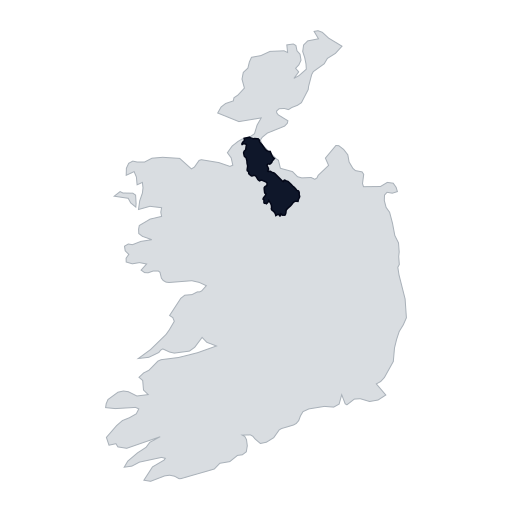 location of Leitrim within Ireland
{"feature_id": "IRL-730", "entity_name": "Leitrim", "entity_type": "County", "adm_level": 1, "iso_a3": "IRL", "parent_name": "Ireland", "parent_adm1": "", "projection": "mercator", "projection_center": [-8.037, 54.143], "detail": "fine", "context": "in_parent", "style": "filled", "palette": "ink", "viewbox_px": 512, "rotation_deg": 0, "n_neighbors": 0, "source": "natural_earth", "source_scale": "10m", "svg_char_len": 6644}
<svg xmlns="http://www.w3.org/2000/svg" viewBox="0 0 512 512"><path d="M324.2,63.8L313.3,71.6L311.7,74.5L308.6,86.3L308.2,89.6L301.4,102.7L297.5,105.3L291.8,107.5L288.5,109.6L284.4,108.5L279.2,108.7L276.6,111.0L276.7,112.8L278.2,114.8L287.9,120.8L287.3,123.3L284.6,126.1L267.3,133.1L262.2,137.3L260.4,140.1L262.2,144.8L276.0,158.7L278.4,160.2L280.4,168.3L292.5,171.6L297.5,176.7L301.8,177.9L311.1,177.5L314.8,179.3L317.0,177.9L318.2,175.3L328.6,165.4L325.4,158.1L335.9,145.5L338.8,145.7L343.7,149.5L347.8,154.8L349.1,162.0L352.9,168.4L355.4,170.6L362.1,171.9L363.7,174.4L362.5,183.6L363.5,186.7L380.5,186.5L387.3,182.4L393.2,183.2L396.1,187.3L397.4,191.6L392.3,193.2L387.0,192.3L384.5,195.1L384.3,200.5L386.1,207.4L389.6,212.3L392.5,223.3L394.8,235.5L398.5,242.9L399.2,252.0L398.7,256.5L399.3,264.5L397.8,267.3L399.0,274.9L405.1,299.0L406.4,317.8L403.3,324.8L399.2,331.5L396.6,339.4L394.5,347.9L393.3,361.5L384.4,377.5L380.7,381.5L376.3,383.9L385.8,395.0L378.1,400.0L369.6,401.5L360.2,398.7L354.3,399.1L346.9,404.8L345.2,403.8L341.7,394.7L339.1,404.1L333.7,407.1L324.4,406.4L308.9,408.9L303.0,411.6L300.5,415.8L298.7,420.6L296.2,423.5L293.5,425.0L281.6,428.5L279.2,429.9L273.7,437.7L266.4,442.2L260.4,443.5L255.1,439.0L252.9,436.3L250.4,434.9L242.2,435.1L244.8,436.5L246.5,439.7L247.3,445.8L246.3,451.8L242.3,454.8L237.5,455.4L229.8,461.6L219.8,463.3L214.3,469.0L181.0,478.6L179.1,478.7L174.5,476.2L169.6,475.2L164.6,475.9L150.6,481.3L143.9,480.2L152.5,466.9L164.1,460.1L165.3,458.3L161.5,457.4L139.5,462.1L131.9,466.1L124.2,467.2L127.8,461.1L137.6,452.8L146.1,447.3L149.8,442.3L160.2,436.7L126.7,448.3L117.9,446.9L115.9,443.7L109.0,445.2L106.4,437.4L116.6,425.6L122.5,420.5L129.5,417.7L136.3,413.8L138.8,408.9L135.6,407.4L115.3,408.6L105.6,407.6L106.2,403.7L108.0,399.5L118.0,392.2L123.4,391.0L128.3,391.7L136.9,396.0L148.2,394.6L143.5,390.0L142.7,380.5L139.0,377.3L143.7,372.9L149.0,370.2L157.9,361.1L161.1,359.7L178.6,357.5L197.6,352.7L216.4,346.0L206.8,342.3L202.1,337.4L194.7,347.3L189.4,351.1L174.3,353.1L169.5,352.0L162.8,348.9L160.7,350.1L158.8,352.5L148.8,357.3L138.3,358.5L150.5,349.6L166.0,334.5L169.4,329.7L174.3,321.3L172.8,317.6L169.6,315.5L180.8,298.3L184.8,295.2L192.0,294.6L197.3,291.9L199.6,291.9L201.7,290.9L206.3,285.7L199.2,282.4L191.8,280.7L169.0,282.5L166.0,282.1L163.2,280.5L161.4,278.2L160.0,272.3L158.3,271.0L153.2,271.0L148.1,272.8L144.6,272.6L141.1,270.1L146.6,264.0L139.5,262.6L132.3,263.8L126.2,262.0L126.1,258.2L128.8,254.4L125.2,250.8L124.5,246.2L128.3,244.0L132.4,244.7L140.9,241.4L151.8,239.7L142.5,236.4L138.8,233.6L138.6,229.2L139.3,225.5L150.1,219.1L161.6,216.4L160.8,212.2L161.6,207.7L149.9,206.3L138.5,209.5L139.7,200.9L142.4,193.1L143.0,187.9L142.4,182.4L137.1,184.8L136.4,177.0L134.1,171.6L126.2,175.3L126.4,168.2L128.7,163.3L132.8,161.1L137.0,162.0L144.6,162.0L152.0,158.2L162.7,157.3L179.7,158.4L191.4,168.9L194.4,167.1L199.1,160.4L201.3,159.7L218.9,162.6L229.9,166.4L232.8,165.2L231.2,157.9L227.4,152.7L232.2,146.0L237.9,141.5L241.8,139.2L250.6,136.4L254.5,133.7L257.1,125.1L261.2,117.9L238.9,121.6L217.7,113.0L221.1,107.0L225.6,103.5L233.3,100.9L234.0,97.7L237.9,95.1L244.4,88.1L242.0,79.1L243.3,72.4L247.9,68.1L249.4,61.9L251.5,57.3L260.9,55.6L270.0,51.4L284.0,50.8L287.6,52.5L286.8,44.9L293.3,44.0L295.9,45.5L297.0,50.8L300.0,54.2L301.0,60.2L298.9,64.8L295.6,68.3L298.7,71.9L293.9,78.4L299.0,75.6L306.3,69.2L306.0,64.0L304.7,57.5L302.7,51.5L303.6,45.0L307.7,40.9L318.5,38.8L314.1,31.4L318.0,30.7L322.3,32.3L328.6,38.1L342.0,46.2L335.4,53.4L327.4,58.4L324.2,63.8ZM136.1,203.8L135.8,207.1L130.7,202.9L128.2,198.3L114.2,196.2L120.1,191.6L122.9,193.0L132.8,193.2L135.6,195.1L136.1,203.8Z" fill="#d9dde1" stroke="#a8b0b8" stroke-width="1"/><path d="M258.8,138.9L258.4,139.1L259.3,140.0L259.5,140.9L259.6,141.8L260.3,142.8L262.0,144.6L264.9,148.8L266.5,150.5L268.2,151.4L270.2,151.4L271.7,155.1L272.6,156.8L273.8,158.2L274.4,158.4L274.0,159.0L273.4,159.8L272.6,160.5L272.4,160.7L272.2,161.0L272.1,161.5L272.0,161.9L271.8,162.2L271.6,162.6L270.5,163.7L270.2,163.9L269.8,164.1L269.5,164.1L269.1,164.1L268.7,163.9L268.3,163.9L267.9,164.0L267.6,164.3L267.3,164.6L267.1,164.9L267.0,165.3L267.2,165.8L268.4,168.4L268.5,169.0L268.5,169.4L268.3,169.8L268.1,170.2L267.8,170.6L267.6,171.0L267.7,171.3L268.0,171.5L268.6,171.5L269.9,171.2L270.3,171.3L270.6,171.4L271.7,172.2L272.3,172.5L273.8,172.8L274.8,173.5L282.7,181.4L283.3,181.6L283.6,181.5L283.7,181.0L283.8,180.6L284.1,180.3L284.4,180.1L284.8,180.1L285.2,180.3L286.4,181.0L286.9,181.2L287.8,181.3L288.3,181.7L291.4,184.6L292.7,186.2L293.7,186.8L295.5,188.6L296.8,190.4L297.2,190.6L297.6,190.7L298.0,190.7L298.4,190.9L298.7,191.3L298.9,191.7L299.1,192.1L299.2,192.7L299.2,194.8L299.3,195.1L299.5,195.8L299.7,196.2L299.6,196.8L299.4,197.5L298.4,199.5L298.0,201.4L295.3,201.2L294.0,201.9L292.5,203.3L292.3,203.8L290.6,205.8L287.8,208.3L286.7,209.5L286.1,210.4L286.1,210.9L286.0,211.4L285.9,212.4L285.9,212.8L285.6,213.8L285.4,214.3L285.1,215.0L284.7,215.2L284.2,215.2L283.4,215.2L282.6,215.2L282.1,215.1L281.9,214.9L281.5,214.1L281.2,213.8L280.7,213.6L280.5,213.8L280.4,214.2L280.4,215.2L280.3,215.7L280.1,216.0L279.9,216.0L279.7,215.9L279.5,215.6L279.3,215.3L279.2,214.9L278.9,214.5L278.0,214.3L275.8,215.6L275.4,214.0L274.5,212.3L273.7,211.6L272.9,210.8L271.8,210.0L271.5,209.4L271.3,208.4L271.6,207.7L271.4,205.3L270.7,203.5L268.8,200.5L268.4,201.4L267.9,202.3L267.2,203.1L266.3,203.8L265.8,203.2L264.5,203.3L264.0,202.9L263.9,202.2L264.0,200.2L263.7,199.8L263.0,199.1L263.5,197.8L264.5,196.5L264.9,196.1L265.2,195.7L265.7,194.7L265.9,193.7L264.8,193.1L264.6,192.5L264.2,189.0L264.2,187.7L264.8,186.8L265.7,186.1L266.5,186.0L266.7,185.6L266.8,185.3L266.9,184.9L267.0,184.4L267.0,182.9L266.5,182.4L265.6,181.8L262.4,180.4L261.1,180.1L259.6,180.9L258.5,180.1L257.9,179.5L255.9,176.2L255.6,176.0L255.3,175.7L254.9,175.6L254.5,175.5L254.0,175.4L253.6,175.5L252.0,176.0L251.6,176.0L251.2,175.8L249.1,174.1L248.9,173.8L248.7,173.4L248.7,172.6L248.6,172.0L248.1,171.3L247.3,170.8L247.2,170.4L247.1,169.9L247.3,168.5L247.6,166.5L247.6,165.8L247.5,165.1L247.1,163.7L247.0,162.7L246.9,160.9L246.6,159.7L246.1,157.8L245.5,157.2L245.0,156.8L244.6,156.6L244.4,156.3L244.2,155.8L243.7,153.4L243.6,152.9L243.7,152.3L244.1,151.4L244.4,150.9L244.8,150.6L245.1,150.4L245.4,150.1L245.7,149.6L245.8,148.9L246.1,146.7L246.2,146.0L246.4,145.6L246.4,145.2L246.3,144.7L245.9,144.2L244.0,143.7L243.6,143.7L243.3,143.8L242.7,144.3L242.4,144.5L242.0,144.5L241.9,144.1L242.0,143.4L243.0,141.9L243.6,141.3L244.1,140.9L244.5,140.2L244.1,138.5L244.1,138.3L249.7,137.2L250.4,137.8L253.4,138.8L254.7,138.5L258.6,138.9L258.8,138.9Z" fill="#0f172a" stroke="#020617" stroke-width="1.5"/></svg>